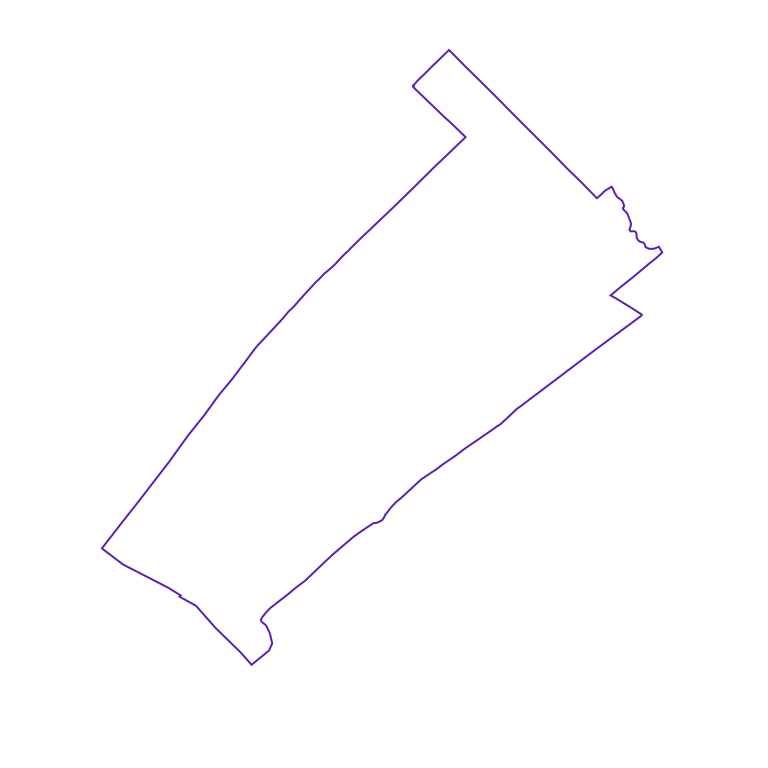 the district of Catane, Dolj, Romania, rotated 38°
{"feature_id": "2599482B93473843734179", "entity_name": "Catane", "entity_type": "district", "adm_level": 2, "iso_a3": "ROU", "parent_name": "Romania", "parent_adm1": "Dolj", "projection": "robinson", "projection_center": [23.421, 43.905], "detail": "fine", "context": "isolated", "style": "outline", "palette": "violet", "viewbox_px": 768, "rotation_deg": 38, "n_neighbors": 0, "source": "geoboundaries", "source_scale": "gbopen_adm2", "svg_char_len": 2658}
<svg xmlns="http://www.w3.org/2000/svg" viewBox="0 0 768 768"><g transform="rotate(38 384 384)"><path d="M544.4,170.6L530.0,171.9L512.8,173.9L508.0,174.7L511.0,160.7L514.4,146.8L516.2,138.2L517.0,134.4L518.9,125.6L520.9,117.3L521.9,111.5L522.3,109.1L519.7,108.0L516.1,106.6L514.6,109.3L513.3,111.4L511.5,112.8L509.5,114.3L508.1,114.6L506.0,115.1L505.4,114.7L504.6,114.2L503.6,113.5L502.3,112.9L501.4,112.9L500.2,113.5L499.1,113.9L497.1,114.4L495.3,114.1L493.5,113.4L492.3,112.4L491.8,111.7L490.9,110.9L490.3,110.0L489.4,109.4L487.3,109.4L484.3,111.9L482.4,111.2L480.8,106.9L479.5,105.1L474.1,101.9L473.5,101.5L471.2,100.1L469.0,99.5L465.8,99.2L464.5,98.8L463.9,98.4L463.9,97.5L463.9,96.2L462.8,95.2L460.7,93.9L458.9,93.0L457.1,93.0L455.4,93.0L453.1,93.1L451.0,92.6L448.4,91.5L446.8,90.7L446.0,90.2L445.2,89.8L444.8,89.6L444.5,89.4L444.2,89.4L443.8,89.2L443.4,88.8L441.9,88.4L439.1,95.9L438.3,102.0L437.4,106.5L436.4,106.4L413.3,103.3L402.5,102.2L398.3,101.8L382.2,99.6L373.2,98.4L347.0,95.2L330.4,93.2L312.8,91.0L301.8,89.5L284.5,87.4L262.3,84.8L253.7,83.9L248.6,83.2L233.2,81.2L229.6,80.8L229.6,81.0L228.3,90.1L227.3,97.7L226.6,102.0L225.2,113.7L223.8,123.2L223.5,127.7L223.2,130.9L224.2,130.9L224.0,131.9L226.6,132.3L234.6,133.1L243.8,134.1L251.0,134.8L258.1,135.5L264.2,136.2L269.9,136.7L274.3,136.9L278.5,137.3L288.2,138.4L293.6,138.9L296.3,139.3L293.6,158.1L289.9,183.5L286.3,211.9L282.6,239.0L278.2,268.8L277.0,276.7L275.8,284.5L274.8,292.7L274.1,297.6L273.8,301.6L273.2,304.2L272.4,310.7L271.7,320.3L269.8,330.4L269.0,333.6L268.5,339.4L268.0,343.5L267.5,345.5L267.3,349.4L266.6,357.5L266.0,365.3L265.2,379.0L264.2,385.0L263.7,397.9L262.5,411.1L261.3,425.0L260.6,432.8L260.6,437.9L260.8,445.1L261.3,474.3L260.7,495.4L261.6,518.8L261.3,545.2L262.6,578.3L262.7,597.0L262.9,629.5L262.8,653.5L262.9,687.2L265.9,687.2L289.6,686.9L339.3,677.4L354.0,675.8L353.9,677.5L372.4,674.5L401.8,680.0L436.4,683.8L452.5,686.8L457.5,664.8L455.6,657.2L447.4,650.6L439.5,646.8L433.9,646.7L432.3,645.9L431.6,642.6L431.7,637.3L431.9,634.5L432.3,630.5L437.9,608.4L439.1,602.6L440.2,597.5L440.9,595.0L442.9,587.9L445.3,571.6L446.9,560.3L448.8,548.7L454.1,523.0L455.5,518.0L458.0,510.2L459.6,505.3L461.0,501.1L461.8,499.6L463.1,498.7L464.7,496.2L466.4,492.4L466.1,488.2L465.5,487.0L465.6,482.1L465.5,479.3L465.6,476.0L466.2,469.3L467.5,463.7L468.5,458.2L470.3,447.0L472.0,436.2L473.1,433.1L475.1,426.8L477.1,421.0L478.7,415.8L479.7,411.5L481.2,406.8L484.5,396.5L487.4,385.4L493.0,367.7L497.3,354.0L499.2,347.5L500.5,344.2L502.2,333.9L503.9,322.3L507.4,309.7L508.7,304.7L529.8,225.5L542.9,178.6L544.8,171.3L544.4,170.6Z" fill="none" stroke="#5b21b6" stroke-width="2"/></g></svg>